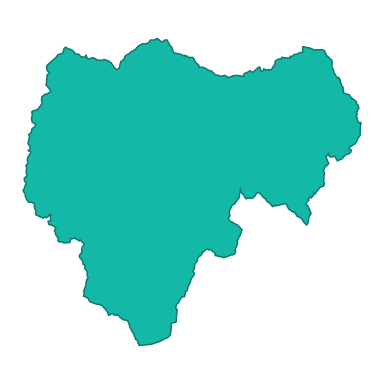 Huong Son, Ha Tinh, Vietnam (Robinson projection)
{"feature_id": "81297802B24299836434530", "entity_name": "Huong Son", "entity_type": "district", "adm_level": 2, "iso_a3": "VNM", "parent_name": "Vietnam", "parent_adm1": "Ha Tinh", "projection": "robinson", "projection_center": [105.339, 18.446], "detail": "fine", "context": "isolated", "style": "filled", "palette": "teal", "viewbox_px": 384, "rotation_deg": 0, "n_neighbors": 0, "source": "geoboundaries", "source_scale": "gbopen_adm2", "svg_char_len": 5807}
<svg xmlns="http://www.w3.org/2000/svg" viewBox="0 0 384 384"><path d="M354.9,100.3L351.6,98.1L349.1,94.6L347.2,94.3L343.5,92.7L343.2,91.8L343.6,90.5L343.1,89.8L343.1,87.3L342.1,86.4L340.7,83.1L340.2,79.7L339.4,79.7L338.9,77.6L337.9,78.0L336.6,76.7L333.9,72.7L333.4,69.9L332.0,67.1L331.9,63.7L332.3,62.1L331.6,59.7L330.1,59.0L327.7,56.2L326.8,56.4L325.9,53.6L324.7,53.1L325.0,51.5L323.5,50.1L321.7,49.6L314.3,49.9L309.8,48.0L307.7,47.5L306.8,47.7L304.0,46.7L302.7,46.9L302.7,52.4L300.0,52.6L296.7,54.2L294.1,54.5L292.8,56.1L290.0,56.4L289.9,58.1L283.5,57.7L282.0,57.2L281.1,58.8L278.6,59.0L276.0,60.4L275.2,61.2L275.1,63.0L274.1,65.8L273.2,66.4L271.4,69.8L270.4,70.1L268.9,69.4L266.2,70.0L263.9,68.9L263.0,70.8L261.4,71.5L260.9,70.8L259.9,67.3L258.9,67.0L252.5,72.5L250.1,70.7L247.3,72.4L244.5,73.4L243.8,74.5L243.5,76.4L237.2,75.4L235.0,75.4L233.8,75.9L232.8,75.7L231.3,76.7L228.2,77.6L225.9,75.9L224.6,75.4L221.3,76.2L220.0,76.1L217.6,75.0L215.7,75.3L211.6,71.1L207.2,69.8L206.4,68.7L202.7,67.2L199.4,67.3L198.6,64.9L196.1,63.0L193.1,57.5L188.5,57.4L186.7,55.9L185.7,56.0L184.7,55.4L184.2,56.0L183.4,55.8L181.3,54.4L174.0,52.8L172.5,50.0L171.9,47.3L169.6,44.8L167.1,40.1L166.2,39.8L164.1,40.4L162.3,42.1L161.6,42.1L157.9,38.8L156.6,38.6L154.4,40.0L150.5,40.0L148.0,43.2L144.8,43.9L142.5,43.7L139.1,45.6L136.7,47.7L135.5,49.4L132.2,51.4L130.9,51.8L129.5,53.5L126.1,55.2L124.9,56.5L124.4,58.3L123.1,60.1L120.7,61.7L119.1,68.2L117.1,69.5L116.1,69.4L114.4,67.7L111.2,62.9L108.8,61.1L104.2,59.5L102.1,60.3L97.7,60.1L93.1,57.6L88.3,59.0L87.4,58.6L86.0,55.3L85.1,57.1L81.2,56.9L78.4,54.0L75.8,54.2L73.0,50.8L70.5,49.3L67.9,48.8L66.2,47.4L65.4,47.3L64.1,48.5L62.7,53.3L58.1,54.6L54.8,58.8L53.4,59.6L47.4,65.0L46.7,66.1L46.5,67.1L47.3,70.8L48.7,71.8L49.5,73.0L47.3,74.6L46.6,81.0L46.7,82.7L45.9,84.7L49.8,89.4L50.5,90.4L50.6,91.7L47.2,93.9L45.0,94.2L41.8,96.9L41.4,100.2L42.3,102.9L42.0,103.7L37.5,109.6L32.9,110.9L31.8,111.8L32.3,115.3L31.5,118.0L32.0,121.4L32.5,122.4L35.5,124.3L35.7,125.4L34.3,127.2L32.1,128.5L31.1,132.6L28.7,134.6L29.5,136.6L28.0,143.1L28.6,144.9L29.9,146.1L30.2,148.1L29.4,149.7L28.2,150.7L30.6,151.8L30.7,152.8L27.7,157.4L27.2,160.3L27.6,160.8L27.8,162.9L27.5,163.9L25.9,165.6L26.8,168.1L26.2,170.0L26.4,173.6L26.9,175.3L26.3,176.4L24.6,177.9L24.1,179.0L24.6,181.3L26.3,182.7L26.6,183.8L25.7,184.5L24.6,186.8L23.9,189.4L23.0,190.6L25.2,194.3L25.4,196.7L27.8,201.5L29.0,202.2L31.7,202.3L34.4,203.5L34.4,207.6L36.0,211.5L35.5,213.8L36.0,214.9L43.2,218.2L44.0,217.1L46.5,217.7L48.5,216.2L49.3,214.7L50.6,214.5L50.3,216.4L50.8,220.3L50.5,220.9L48.4,221.1L48.1,221.7L48.5,223.0L48.9,224.5L53.2,225.7L55.9,228.3L54.4,230.9L55.5,232.8L55.7,234.8L56.7,235.6L57.7,238.0L58.5,238.5L58.5,239.5L57.9,240.7L58.3,241.2L59.2,241.9L62.7,242.1L63.9,243.0L69.4,242.5L70.2,242.0L70.8,238.3L72.1,238.9L73.9,238.1L75.0,238.2L75.6,238.4L76.4,239.5L78.4,240.1L79.4,240.9L80.2,239.9L82.1,242.1L83.9,243.2L83.7,245.1L82.2,247.1L81.7,248.9L81.7,252.3L79.6,255.1L79.3,256.3L79.8,257.7L81.9,259.9L82.5,261.2L82.9,262.2L83.0,264.3L84.8,265.1L85.1,266.4L84.7,268.2L87.1,271.6L87.1,275.4L88.1,277.8L87.1,279.1L86.2,281.6L85.7,285.8L83.7,290.9L84.2,293.2L83.6,296.2L84.4,296.3L88.2,298.5L89.5,301.2L90.4,301.9L91.4,302.0L92.6,302.8L97.2,304.4L98.4,304.1L100.1,305.0L101.8,305.3L107.1,311.3L108.6,315.1L109.9,315.0L110.5,314.1L112.1,313.8L113.5,314.1L114.0,315.1L118.5,315.2L119.8,317.1L122.8,319.5L127.7,320.7L129.0,323.7L130.1,328.0L131.3,329.6L132.1,331.8L133.5,333.3L135.5,339.1L137.1,340.0L138.0,342.9L138.8,344.0L139.0,345.4L150.8,344.4L160.9,341.1L163.7,339.3L167.4,337.8L170.3,335.1L171.2,329.4L171.2,323.2L175.5,322.3L176.4,321.7L176.4,315.4L176.9,313.9L176.7,312.0L177.3,310.0L175.8,308.0L175.9,306.4L177.1,303.6L178.3,303.2L180.5,298.6L182.7,296.7L184.4,296.7L185.4,293.3L185.3,291.7L187.2,290.7L188.0,286.8L190.1,282.7L191.4,278.4L193.7,275.6L194.4,273.7L194.2,272.6L192.6,271.1L194.5,268.6L194.4,266.2L195.0,263.7L197.4,260.9L197.5,259.0L198.8,256.4L201.0,255.6L201.8,254.1L201.8,252.8L203.0,252.5L203.7,251.4L206.4,249.4L207.7,249.0L209.0,250.1L209.9,249.6L211.4,249.9L212.6,251.6L214.1,252.2L214.8,253.1L215.2,255.6L216.4,255.6L218.8,256.5L221.1,256.6L222.5,257.4L223.9,257.6L228.0,256.3L231.2,254.7L232.0,255.0L234.5,254.1L235.6,251.7L235.2,250.2L235.6,248.2L236.6,246.5L237.5,243.3L237.6,242.1L237.2,240.8L240.8,233.9L242.0,229.4L240.5,228.6L240.2,227.7L237.5,225.0L233.2,222.9L232.0,221.8L230.9,221.7L229.4,220.4L228.4,218.2L230.0,215.9L229.3,213.1L229.7,210.0L230.5,208.9L232.0,205.4L234.5,204.0L239.1,197.6L240.4,189.5L241.7,193.0L243.4,194.6L245.9,198.8L249.3,197.8L250.4,198.4L252.4,198.2L254.4,196.6L256.4,193.7L258.4,192.3L262.2,195.6L262.7,196.8L265.4,198.9L267.5,202.0L269.2,202.8L272.6,206.5L273.5,206.5L274.1,205.3L276.4,205.8L285.8,203.4L288.6,208.9L292.6,211.9L294.2,211.6L294.2,212.5L295.0,212.9L297.3,216.5L301.0,217.9L304.8,223.5L306.9,225.0L307.4,223.3L308.2,222.7L308.8,217.1L309.4,216.3L309.5,215.5L310.8,214.2L310.9,212.7L307.8,205.9L305.8,203.8L307.1,201.8L308.7,200.5L308.6,199.5L308.2,199.0L308.3,198.3L309.6,198.0L310.8,196.9L311.5,197.7L312.1,197.0L313.7,194.7L313.5,192.9L314.5,194.2L314.9,194.1L319.7,187.6L320.6,186.9L323.2,186.4L323.9,185.5L324.4,183.8L323.6,180.8L324.1,177.3L323.5,176.5L324.7,174.1L323.5,170.7L324.9,166.9L326.5,166.0L328.7,163.5L326.0,157.0L328.6,153.7L328.8,155.6L329.8,156.8L331.8,157.1L334.0,156.2L334.9,156.5L336.5,159.4L337.3,160.0L337.3,160.8L341.8,158.9L345.1,155.3L347.0,154.2L348.5,154.0L350.5,152.6L351.4,150.2L349.2,149.0L349.1,148.2L349.6,147.1L355.2,143.7L356.7,141.5L357.4,139.0L360.1,135.5L360.3,127.4L361.0,122.6L358.9,122.7L357.8,121.5L356.4,115.0L357.3,114.3L356.1,111.9L357.4,111.4L357.6,109.9L358.9,108.2L358.8,107.7L358.0,105.1L357.3,104.8L356.5,103.5L356.6,102.1L354.9,100.3Z" fill="#14b8a6" stroke="#0f766e" stroke-width="1.5"/></svg>